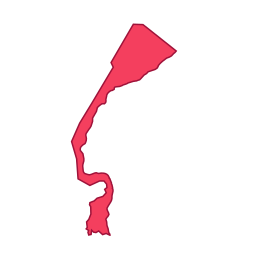 Khazarasp, Khorezm, Uzbekistan (Natural Earth projection), rotated 255°
{"feature_id": "79887680B22974802062613", "entity_name": "Khazarasp", "entity_type": "district", "adm_level": 2, "iso_a3": "UZB", "parent_name": "Uzbekistan", "parent_adm1": "Khorezm", "projection": "natural_earth1", "projection_center": [61.541, 40.963], "detail": "fine", "context": "isolated", "style": "filled", "palette": "rose", "viewbox_px": 256, "rotation_deg": 255, "n_neighbors": 0, "source": "geoboundaries", "source_scale": "gbopen_adm2", "svg_char_len": 2013}
<svg xmlns="http://www.w3.org/2000/svg" viewBox="0 0 256 256"><g transform="rotate(255 128 128)"><path d="M195.6,128.6L190.5,129.5L161.3,99.5L145.2,82.6L129.5,70.0L111.5,70.4L91.8,66.6L82.4,76.3L84.2,86.9L83.0,91.1L79.3,92.8L75.9,92.2L74.8,89.6L71.1,90.2L68.4,86.0L68.2,80.0L66.3,76.4L65.8,71.9L63.8,71.0L61.6,71.6L54.5,69.9L49.9,66.5L48.0,63.7L42.5,62.9L41.4,61.5L39.3,63.4L37.5,62.3L34.8,62.4L34.7,64.8L38.7,66.4L36.3,67.8L35.3,70.0L36.1,73.0L31.6,75.9L31.8,79.6L29.2,82.7L29.2,82.9L30.5,82.9L31.3,82.6L31.5,82.5L31.7,82.4L32.7,82.4L35.9,82.7L38.7,82.5L39.6,82.5L42.8,83.1L45.7,83.0L46.5,83.9L47.2,84.7L47.3,84.9L47.8,85.7L49.4,87.2L51.3,87.2L53.1,86.8L53.4,86.8L55.2,86.7L56.1,87.1L57.0,87.9L57.8,88.7L58.0,88.9L58.2,89.1L60.8,91.9L62.2,93.2L63.1,93.7L64.0,94.2L66.7,95.0L71.0,97.2L73.0,97.6L73.8,97.3L74.4,97.7L77.5,97.8L78.2,97.5L79.1,97.8L83.9,97.3L84.3,96.9L85.0,97.0L87.3,96.5L88.7,95.6L89.7,94.5L90.3,93.5L90.9,92.1L91.4,90.3L91.7,87.8L92.1,87.1L93.0,85.7L93.1,84.0L92.7,80.4L92.8,78.5L93.8,76.6L95.2,74.5L96.5,73.7L98.0,73.6L103.0,74.4L104.7,75.1L107.6,76.8L109.7,77.4L114.8,77.8L118.5,76.2L119.8,76.3L121.4,77.1L122.2,78.0L123.3,79.9L124.1,82.5L125.3,83.5L126.7,84.4L128.6,85.1L132.2,85.4L133.6,86.2L136.7,89.7L138.0,91.4L139.4,92.8L142.5,94.8L143.6,95.5L146.8,96.4L152.2,101.8L155.7,103.7L157.0,106.1L158.1,108.9L157.9,110.3L157.5,111.5L157.9,112.2L158.4,113.0L159.7,113.7L161.3,114.0L164.5,115.7L165.5,116.1L166.7,117.3L167.6,118.7L168.5,120.9L168.4,122.6L168.9,124.6L170.4,125.2L171.0,126.2L170.8,127.5L170.3,130.7L170.5,133.2L170.9,134.6L170.9,135.7L171.1,138.4L171.5,139.7L171.7,145.1L171.5,147.1L171.3,148.3L171.6,150.9L171.5,151.6L172.4,153.2L175.0,157.2L175.8,160.0L177.1,162.0L177.6,169.6L178.4,171.8L179.8,173.1L180.4,173.4L181.9,175.5L182.3,176.2L183.6,178.7L184.5,181.0L184.7,181.4L185.5,183.3L185.8,186.2L186.2,187.9L186.5,188.8L188.3,191.6L188.5,192.4L189.4,193.8L189.5,194.0L189.9,194.5L224.0,169.2L226.8,160.0L195.6,128.6Z" fill="#f43f5e" stroke="#9f1239" stroke-width="1.5"/></g></svg>